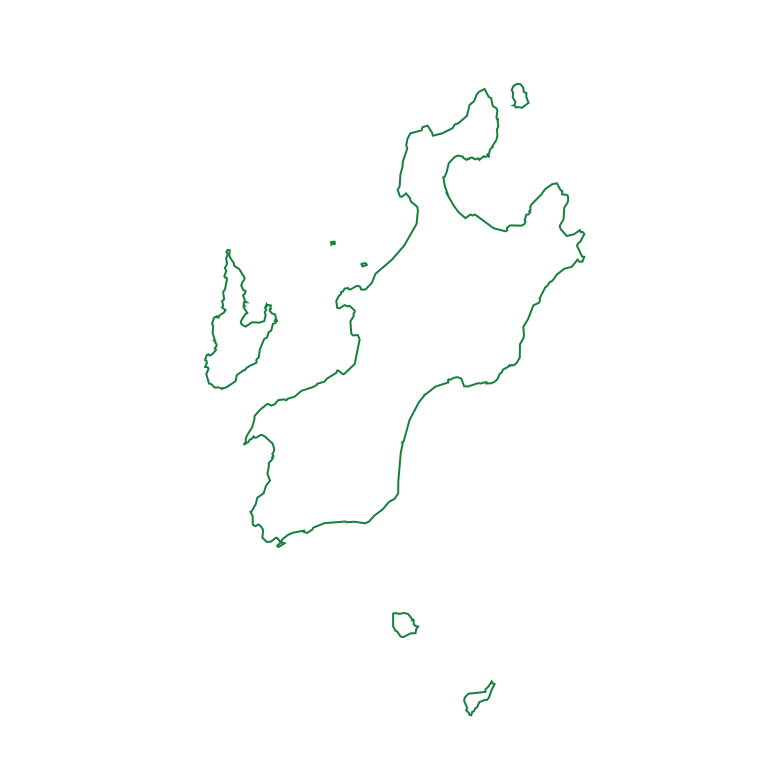 Praslin, Baie Sainte Anne, Seychelles (Mercator projection), rotated 278°
{"feature_id": "34574756B43978553392406", "entity_name": "Praslin", "entity_type": "district", "adm_level": 2, "iso_a3": "SYC", "parent_name": "Seychelles", "parent_adm1": "Baie Sainte Anne", "projection": "mercator", "projection_center": [55.728, -4.319], "detail": "fine", "context": "isolated", "style": "outline", "palette": "green", "viewbox_px": 768, "rotation_deg": 278, "n_neighbors": 0, "source": "geoboundaries", "source_scale": "gbopen_adm2", "svg_char_len": 6151}
<svg xmlns="http://www.w3.org/2000/svg" viewBox="0 0 768 768"><g transform="rotate(278 384 384)"><path d="M307.4,255.2L304.2,253.4L307.8,257.9L310.2,258.8L311.0,260.4L313.9,262.3L312.8,263.6L313.2,265.2L316.5,269.1L316.5,270.5L315.4,273.4L309.5,282.0L304.8,284.2L301.8,284.3L298.9,283.2L297.3,284.6L295.7,283.4L295.0,284.3L289.1,280.8L287.5,281.4L278.8,281.1L272.5,284.5L266.5,281.2L259.2,280.1L253.8,274.4L247.1,273.7L239.2,270.5L238.7,269.5L235.3,272.2L226.4,273.7L225.3,276.5L227.5,279.1L225.9,281.9L222.7,284.6L214.8,285.0L211.3,289.8L212.2,294.1L216.8,298.4L216.6,299.8L212.6,303.9L209.2,300.8L208.1,301.3L208.3,302.9L212.5,307.7L212.9,304.2L215.9,304.7L221.7,310.5L224.2,314.9L227.7,325.3L226.2,325.5L225.9,328.8L229.8,333.2L232.0,334.1L237.9,344.5L242.5,365.1L241.9,366.1L243.5,374.0L243.4,384.7L245.7,388.3L252.4,392.8L259.6,400.1L268.0,405.4L271.8,410.5L277.6,413.3L289.6,411.7L318.0,410.2L327.4,410.8L328.6,410.0L330.1,411.5L351.9,414.3L371.0,421.2L378.5,425.7L379.5,425.0L379.0,425.9L380.5,427.6L388.6,435.3L394.5,447.5L396.6,446.8L397.5,447.3L397.5,449.2L399.8,452.1L401.0,455.9L400.2,459.7L392.9,463.7L393.2,467.5L397.9,477.0L398.0,480.0L399.9,484.0L400.0,485.3L398.8,485.2L399.6,490.1L401.9,493.6L404.7,495.7L410.1,497.2L411.8,498.9L414.9,499.9L418.2,504.5L420.0,505.5L419.4,506.4L420.7,507.7L420.3,509.5L423.2,512.4L429.0,514.8L442.4,513.1L448.7,515.7L451.9,515.8L460.0,514.0L468.3,517.6L482.7,521.0L486.1,526.3L488.8,527.0L490.1,526.1L502.3,530.3L503.3,531.7L508.3,534.1L508.8,535.6L512.1,537.9L516.1,539.6L523.3,546.6L526.1,553.5L534.1,558.4L532.3,560.3L532.8,563.5L537.9,564.6L537.8,562.4L547.7,555.9L550.0,556.5L552.6,558.8L560.5,561.5L562.3,559.3L561.8,557.6L563.6,556.5L558.7,551.3L556.0,544.3L562.1,537.3L565.0,536.0L572.2,538.9L583.8,538.0L589.6,540.7L592.9,540.6L596.0,539.8L596.7,538.5L596.6,534.0L599.9,533.7L600.4,532.0L606.8,527.3L605.2,522.6L599.3,516.4L593.1,513.1L582.1,504.9L580.2,504.2L576.3,504.8L575.2,503.8L574.3,504.9L571.8,503.2L571.7,501.5L565.9,500.4L564.1,501.6L561.7,500.5L560.0,498.3L558.6,486.8L555.8,484.1L553.3,484.7L552.1,483.1L553.5,470.9L564.5,450.5L563.2,448.3L563.8,446.0L559.6,441.5L564.4,434.1L570.2,428.3L581.1,419.9L581.0,420.6L588.1,416.8L597.0,414.0L597.6,415.2L602.2,416.5L611.7,417.4L618.5,422.3L620.5,425.4L620.1,430.5L619.1,430.9L617.4,434.8L618.9,435.7L618.6,437.1L619.7,437.5L620.6,439.6L619.1,442.9L620.6,446.1L619.2,447.2L623.5,451.2L622.9,452.8L624.4,455.1L623.8,456.2L624.7,456.3L625.9,454.6L626.9,456.0L631.2,456.4L634.0,458.8L634.7,458.2L641.1,461.3L645.9,461.7L651.9,460.4L654.9,461.4L661.7,459.6L662.2,460.9L662.3,458.8L663.7,458.3L670.7,458.2L672.7,456.9L674.3,453.1L682.1,450.2L682.9,447.7L690.2,442.6L686.8,437.7L683.7,435.5L676.8,434.0L672.3,429.9L661.2,428.9L652.5,421.4L650.8,417.8L647.0,416.4L640.2,406.6L636.7,397.9L639.8,396.4L645.9,391.2L643.7,386.4L640.4,385.9L635.9,375.2L630.0,373.1L623.4,372.8L620.5,374.3L607.1,371.7L602.3,372.1L593.7,371.1L581.9,372.0L578.1,370.5L572.0,373.7L571.8,375.6L575.8,379.4L571.8,383.7L568.4,385.2L564.1,392.3L560.6,393.4L547.2,394.0L523.8,384.7L508.4,374.7L491.9,360.2L482.5,357.9L475.0,352.5L474.3,348.3L476.9,346.8L477.6,345.0L477.0,342.9L473.0,337.7L472.9,336.0L474.0,335.0L473.0,331.7L469.9,330.5L469.1,328.7L467.5,329.0L464.3,326.7L459.5,325.2L453.0,327.0L452.8,329.4L456.6,334.1L455.8,337.4L456.7,338.9L452.7,344.7L451.2,345.1L449.4,344.0L447.1,344.6L441.4,342.0L429.3,344.6L427.8,346.3L428.8,351.3L424.8,353.7L399.7,352.2L388.7,343.5L387.9,342.1L391.1,336.7L390.7,335.7L388.3,335.1L381.2,326.5L377.9,324.6L375.0,317.9L373.8,317.7L371.1,314.1L365.7,303.1L359.0,297.3L356.0,290.7L354.2,289.5L354.9,287.4L353.3,281.5L348.5,278.4L346.9,275.2L348.2,271.8L347.5,270.7L341.6,265.2L334.2,260.2L330.8,260.6L322.6,259.4L314.8,255.9L310.9,254.7L307.4,255.2ZM382.9,203.4L382.2,205.0L380.3,205.7L376.0,204.5L376.0,207.1L374.7,208.1L369.0,206.7L360.1,210.6L359.9,212.8L356.9,216.9L357.7,220.3L356.6,224.4L357.5,224.7L358.4,228.0L366.2,236.7L372.3,237.0L378.0,242.9L378.5,244.6L380.3,245.2L383.3,248.6L387.3,254.7L390.3,254.3L393.1,256.3L400.7,256.2L410.5,258.7L412.1,259.3L413.7,261.6L419.5,262.7L421.2,264.9L428.0,265.6L429.1,267.9L431.7,269.3L432.7,268.5L431.9,267.3L433.9,267.8L437.7,266.6L438.3,263.2L440.5,260.8L441.9,260.5L442.6,261.5L443.3,260.8L446.0,261.1L446.2,257.8L445.0,257.2L446.4,256.6L442.8,255.6L441.0,257.2L438.8,255.8L435.8,257.2L429.7,256.7L427.6,252.6L426.7,244.6L421.5,238.9L423.1,234.9L425.0,233.6L427.0,233.9L433.8,236.9L435.3,238.8L440.6,234.1L442.2,234.2L442.2,235.1L443.4,234.0L445.4,234.0L445.8,236.6L446.5,235.2L452.2,232.0L454.3,233.8L456.8,234.0L457.3,231.8L461.6,228.9L465.3,229.6L467.9,231.2L469.9,231.1L477.8,224.5L480.0,219.4L482.7,218.5L488.0,213.8L490.9,212.7L494.9,212.7L495.0,210.5L492.7,209.5L490.5,211.4L486.7,210.2L481.0,211.9L476.6,210.2L474.2,212.1L468.3,210.9L467.2,212.0L467.3,213.3L465.5,213.9L455.9,213.4L452.6,211.9L445.5,213.9L443.5,212.1L439.3,213.9L437.2,213.0L435.2,216.8L432.4,215.5L429.1,211.5L426.8,211.0L426.8,209.2L427.8,209.0L426.0,206.4L419.8,205.3L417.8,206.8L410.7,207.2L404.4,210.1L403.4,209.5L402.7,211.2L401.1,211.2L400.1,212.6L398.2,212.9L395.8,211.4L394.4,213.0L389.2,209.4L387.9,207.3L389.0,206.3L388.1,204.5L382.9,203.4ZM157.9,425.0L145.2,426.8L141.5,429.5L140.3,431.9L136.2,435.6L136.0,438.2L140.9,445.3L141.6,449.9L145.6,450.0L148.5,451.5L148.8,448.8L150.2,446.9L154.5,446.1L154.0,444.5L155.3,444.5L159.7,439.7L160.0,435.1L158.5,431.6L158.8,427.9L157.9,425.0ZM89.0,510.6L84.9,507.7L81.5,507.4L74.4,511.7L72.4,510.7L70.1,513.9L68.3,514.6L68.1,516.5L71.6,517.0L72.3,518.5L75.7,519.6L76.8,521.2L82.3,522.7L85.4,528.3L85.2,529.7L87.8,531.5L96.4,533.2L102.2,535.3L102.5,533.5L104.5,532.0L99.1,529.7L95.7,527.0L93.2,527.2L89.0,510.6ZM697.2,470.8L692.9,469.5L690.7,471.2L686.0,471.5L681.4,475.0L678.3,474.4L677.9,473.5L677.5,475.3L676.1,476.2L676.9,478.2L676.7,482.2L682.5,488.0L688.1,485.0L692.0,484.5L692.6,481.8L696.9,480.6L699.9,477.4L699.6,473.8L697.2,470.8ZM499.4,350.4L500.9,349.4L500.7,346.9L499.5,345.0L497.5,346.4L499.4,350.4ZM517.2,311.9L514.8,312.5L515.7,313.1L515.6,315.5L516.6,315.8L518.1,315.1L517.2,311.9Z" fill="none" stroke="#15803d" stroke-width="2"/></g></svg>